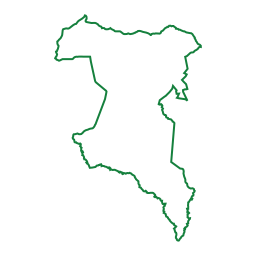 the district of Chapadão do Sul, Mato Grosso do Sul, Brazil
{"feature_id": "56859067B12319003273376", "entity_name": "Chapadão do Sul", "entity_type": "district", "adm_level": 2, "iso_a3": "BRA", "parent_name": "Brazil", "parent_adm1": "Mato Grosso do Sul", "projection": "orthographic", "projection_center": [-52.689, -19.082], "detail": "fine", "context": "isolated", "style": "outline", "palette": "green", "viewbox_px": 256, "rotation_deg": 0, "n_neighbors": 0, "source": "geoboundaries", "source_scale": "gbopen_adm2", "svg_char_len": 5793}
<svg xmlns="http://www.w3.org/2000/svg" viewBox="0 0 256 256"><path d="M177.5,240.4L178.7,240.6L179.2,240.1L179.5,239.4L180.2,238.5L180.9,237.8L181.3,236.9L182.2,236.1L183.3,235.5L183.7,233.5L184.3,232.4L184.5,231.5L184.1,230.5L184.5,229.6L184.2,228.8L184.7,228.1L185.2,228.6L185.4,227.4L186.6,226.7L187.3,226.1L187.7,225.3L187.2,224.7L186.9,223.8L188.2,223.3L188.1,222.0L188.2,221.1L188.8,220.3L189.1,219.5L189.9,218.9L190.0,218.2L188.9,218.4L188.2,217.8L187.6,217.4L187.8,216.7L187.5,216.0L187.7,215.2L187.5,214.2L188.4,213.7L189.1,213.0L188.4,212.2L187.3,211.9L187.7,210.8L187.1,208.8L188.2,208.8L188.2,206.1L188.0,205.3L188.2,204.1L188.2,202.4L188.9,202.0L190.2,199.8L190.8,199.6L191.8,199.7L192.3,198.8L191.2,198.2L191.7,197.5L191.8,196.6L192.4,195.9L193.3,195.6L193.5,194.7L193.0,193.1L194.3,191.9L194.7,190.9L194.1,190.3L194.0,189.2L193.3,188.7L192.7,188.3L190.7,188.5L189.3,187.9L188.3,187.1L187.4,185.8L187.1,183.7L185.7,182.5L185.4,181.8L185.3,181.0L185.4,180.0L185.2,179.0L184.2,176.5L183.5,173.5L183.7,171.6L183.6,170.7L183.4,169.9L183.0,169.2L182.3,168.8L180.1,168.5L171.2,162.0L174.4,123.1L173.9,122.4L173.2,121.8L172.6,121.6L172.4,120.9L171.0,119.4L168.1,118.8L168.0,118.0L166.3,117.4L166.0,116.6L166.1,115.7L165.6,115.0L164.6,115.0L163.3,113.8L162.7,111.2L162.3,110.5L162.1,109.8L162.6,109.3L163.0,108.6L161.7,107.2L162.4,105.9L161.9,104.9L161.3,104.9L161.1,104.2L160.3,104.2L159.4,104.6L158.7,104.2L159.8,100.2L164.7,96.5L165.6,96.0L169.6,92.0L172.1,88.9L172.4,88.2L173.0,85.9L176.6,90.3L176.1,91.2L176.6,93.8L178.2,93.7L179.0,93.6L177.5,97.2L177.0,97.8L178.4,98.2L185.0,99.2L186.0,99.6L187.4,100.7L183.1,91.8L183.0,90.1L185.0,89.3L186.4,89.3L187.4,89.0L186.1,84.2L183.4,81.5L182.0,79.9L185.7,76.3L186.7,74.4L184.2,73.1L187.6,68.8L185.2,56.8L186.9,56.1L190.4,52.9L191.3,52.5L193.0,52.4L193.8,51.9L194.5,51.0L195.4,50.4L196.5,49.9L198.2,48.5L198.6,47.6L199.8,46.8L200.8,47.0L200.8,45.8L199.9,44.8L198.1,44.0L197.6,43.5L196.6,41.7L195.9,40.9L195.5,39.5L194.7,38.4L194.8,37.5L194.2,36.9L192.3,34.0L191.1,33.2L190.4,33.2L186.3,32.4L184.4,31.3L183.5,31.3L181.7,30.6L179.7,29.6L178.7,29.7L178.0,28.9L175.9,28.7L175.9,27.8L174.2,26.7L173.5,26.0L172.3,26.0L171.5,26.3L170.5,25.7L169.1,25.8L168.2,26.9L167.3,26.8L166.8,27.4L166.0,27.7L165.2,28.1L162.9,30.6L161.2,31.5L160.9,32.6L160.4,33.2L159.7,33.6L155.7,33.4L154.7,33.7L153.1,33.6L151.7,34.0L151.1,34.9L150.5,35.0L150.0,34.3L148.2,33.3L146.2,32.6L143.0,31.9L140.7,31.1L139.6,30.9L138.0,31.0L137.5,31.6L136.2,32.0L135.4,32.7L134.5,32.8L133.8,33.3L132.1,33.8L130.1,34.1L128.2,33.4L126.8,34.0L124.5,34.1L123.5,33.9L120.4,31.5L119.5,31.3L115.4,31.3L114.7,31.1L114.1,30.4L111.3,29.0L110.4,28.1L109.7,28.6L108.1,29.2L106.3,29.3L105.2,29.1L104.2,28.1L102.7,28.0L102.0,28.2L101.3,26.7L99.9,26.2L98.6,25.4L98.1,24.5L96.2,23.3L95.0,22.9L91.4,23.0L86.9,22.1L86.0,21.8L85.6,21.2L85.7,20.4L86.6,18.8L86.5,16.8L85.8,15.7L84.9,15.4L84.4,16.5L84.0,17.1L82.0,18.7L78.8,20.7L77.9,21.5L76.1,23.9L75.2,24.0L73.5,24.9L69.4,28.1L68.6,28.5L67.8,28.6L66.7,28.4L65.6,28.5L63.2,29.2L62.7,30.2L62.2,34.9L61.8,36.0L60.6,38.2L58.8,39.9L58.4,40.6L57.3,41.5L57.4,43.6L57.8,44.8L58.5,45.6L58.5,46.5L57.8,49.1L57.3,49.9L57.2,50.6L56.8,51.3L56.0,51.6L56.1,52.3L57.1,54.3L56.9,55.1L56.6,55.7L56.4,56.5L55.8,57.0L55.4,57.7L55.2,58.4L56.1,58.9L56.6,59.7L57.5,59.9L59.0,60.7L59.7,60.5L62.6,59.1L72.3,59.1L73.1,58.7L73.7,57.9L74.6,57.2L75.8,56.8L76.5,56.7L77.3,56.8L79.0,56.6L90.1,56.7L90.9,61.7L95.1,80.9L95.5,81.8L96.0,82.4L106.1,90.8L106.5,91.6L106.2,93.3L105.0,99.1L95.5,124.3L95.0,124.9L94.7,125.8L93.8,127.2L93.1,127.9L92.6,128.3L90.2,128.7L89.0,129.1L88.0,129.6L85.9,130.2L85.1,130.6L83.9,131.4L82.6,132.9L81.3,134.0L80.1,134.2L79.0,134.2L77.5,133.5L75.1,134.2L73.7,134.3L73.3,135.0L73.1,136.9L72.7,137.6L72.8,138.4L73.4,139.2L74.1,139.6L74.6,142.1L75.3,142.5L76.1,142.3L76.9,143.1L77.7,143.3L78.4,143.7L79.3,143.9L80.1,143.5L80.8,144.1L80.7,145.3L80.1,146.1L80.8,146.7L80.9,147.6L81.5,147.8L81.3,148.4L81.1,150.7L82.0,150.9L82.7,151.4L83.0,152.3L82.0,152.6L82.4,153.5L82.5,154.3L82.3,155.1L83.2,155.3L83.6,156.3L84.1,157.2L83.9,158.3L84.3,159.3L85.1,159.3L85.7,159.7L86.9,161.2L87.3,162.2L86.4,162.6L87.1,163.6L88.1,164.1L88.6,164.8L89.8,167.8L92.1,167.6L95.3,167.0L96.1,166.4L96.6,165.7L97.2,165.5L97.9,165.6L98.7,165.0L99.5,165.0L100.0,164.5L101.1,164.3L101.5,165.9L102.0,165.5L102.8,166.0L103.9,166.0L104.7,166.5L106.6,166.9L107.6,167.7L108.6,168.2L108.4,167.5L109.5,167.4L110.3,168.2L110.0,168.9L110.2,169.9L110.8,169.6L111.5,169.5L112.2,169.9L112.9,170.0L113.8,169.8L114.8,169.8L118.2,171.3L118.7,172.1L119.7,172.6L120.1,171.7L122.5,172.7L122.2,173.7L122.7,174.1L123.5,173.7L124.0,173.1L124.9,173.2L125.8,173.7L127.1,173.0L128.8,173.2L129.7,172.8L130.4,173.3L131.2,173.5L132.3,174.7L133.2,175.1L134.3,175.8L134.8,176.5L134.9,177.5L135.7,178.4L136.1,179.3L138.4,181.3L138.5,183.6L139.0,184.7L139.7,185.2L139.5,186.1L139.4,187.2L140.9,187.7L141.4,188.6L141.8,189.1L142.5,189.6L143.3,190.9L144.0,191.3L145.0,191.3L145.7,190.8L146.8,191.9L146.7,192.6L147.7,193.0L149.2,193.0L150.5,192.8L152.6,192.8L153.4,193.1L155.1,194.8L155.0,195.6L154.3,196.7L155.1,197.2L156.1,196.7L157.0,197.6L157.5,198.4L158.4,198.0L159.5,198.4L160.4,199.3L160.6,200.3L161.2,200.8L162.0,200.8L161.8,201.6L162.2,202.3L162.4,203.5L162.8,204.0L163.7,204.1L164.5,203.7L165.5,203.7L165.3,204.4L164.6,204.8L164.8,205.8L164.1,206.2L163.4,207.4L163.9,209.0L163.5,209.9L163.4,211.0L164.3,211.5L163.7,212.9L165.5,213.8L165.9,214.9L165.9,215.7L166.3,216.6L167.1,216.8L167.9,217.5L168.1,218.3L168.8,219.1L169.6,219.7L169.6,220.4L171.4,222.4L172.9,223.6L173.9,223.7L174.1,225.0L176.2,226.4L175.7,227.1L174.0,228.6L174.5,229.2L174.7,230.3L175.4,232.4L176.1,232.7L176.4,233.8L176.4,235.0L175.9,236.7L175.9,237.9L176.7,238.9L176.9,239.8L177.5,240.4Z" fill="none" stroke="#15803d" stroke-width="2"/></svg>